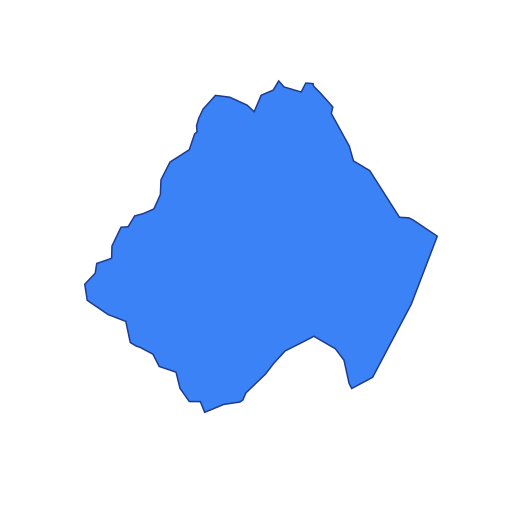 Salt Lake, Utah, United States of America (orthographic projection), rotated 153°
{"feature_id": "52423323B26965085925840", "entity_name": "Salt Lake", "entity_type": "district", "adm_level": 2, "iso_a3": "USA", "parent_name": "United States of America", "parent_adm1": "Utah", "projection": "orthographic", "projection_center": [-111.882, 40.668], "detail": "fine", "context": "isolated", "style": "filled", "palette": "blue", "viewbox_px": 512, "rotation_deg": 153, "n_neighbors": 0, "source": "geoboundaries", "source_scale": "gbopen_adm2", "svg_char_len": 1055}
<svg xmlns="http://www.w3.org/2000/svg" viewBox="0 0 512 512"><g transform="rotate(153 256 256)"><path d="M383.8,172.6L381.5,156.6L371.7,151.5L372.7,140.0L352.1,138.4L336.7,133.2L333.2,133.6L327.1,138.6L301.1,146.5L288.7,152.4L273.1,158.2L251.3,158.1L240.9,158.2L227.4,137.3L224.9,123.2L230.9,100.3L230.9,94.5L207.1,95.0L139.6,142.5L85.5,191.3L99.8,217.0L102.3,220.4L102.8,220.8L110.6,225.4L115.9,280.4L126.0,296.5L123.0,311.5L124.2,348.8L119.9,353.9L124.8,372.5L127.6,381.1L126.9,383.7L133.1,387.5L141.3,381.6L154.2,393.8L156.3,401.7L165.3,396.0L178.4,396.9L192.1,385.4L195.4,394.4L207.4,409.5L219.2,417.5L236.5,410.9L244.7,404.5L249.8,399.1L252.3,393.2L252.6,393.2L255.3,392.6L267.2,381.0L289.9,378.8L301.6,370.3L306.1,367.0L313.3,354.2L325.6,344.3L337.6,345.0L345.9,346.8L356.7,340.1L363.2,342.9L379.8,330.3L385.7,319.5L401.3,321.7L407.0,313.7L421.4,308.6L426.5,293.1L414.4,271.0L405.4,261.0L401.7,256.8L407.3,236.0L403.6,230.1L400.8,227.3L392.4,215.3L392.4,201.5L380.0,188.8L383.8,172.6Z" fill="#3b82f6" stroke="#1e3a8a" stroke-width="1.5"/></g></svg>